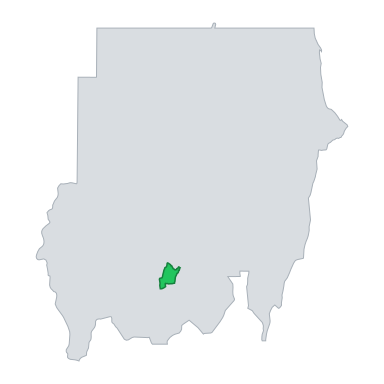 As Sunut, South Kordufan, Sudan (highlighted)
{"feature_id": "16777658B48194454682254", "entity_name": "As Sunut", "entity_type": "district", "adm_level": 2, "iso_a3": "SDN", "parent_name": "Sudan", "parent_adm1": "South Kordufan", "projection": "equal_earth", "projection_center": [29.06, 12.034], "detail": "fine", "context": "in_parent", "style": "filled", "palette": "green", "viewbox_px": 384, "rotation_deg": 0, "n_neighbors": 0, "source": "geoboundaries", "source_scale": "gbopen_adm2", "svg_char_len": 5343}
<svg xmlns="http://www.w3.org/2000/svg" viewBox="0 0 384 384"><path d="M265.7,340.8L262.2,340.8L261.8,339.7L261.9,336.6L262.2,334.3L263.5,330.7L263.2,328.7L263.4,325.8L262.4,322.6L254.0,313.3L252.3,310.7L247.8,308.3L248.5,305.7L246.6,286.6L247.5,284.5L247.7,281.1L247.7,278.2L248.8,273.3L248.9,271.2L239.9,271.1L239.8,273.2L240.2,275.6L240.2,276.5L227.8,276.6L232.8,284.0L233.0,287.3L232.8,291.4L232.9,294.0L233.2,295.7L234.5,299.1L234.4,299.7L234.1,300.5L225.3,310.5L223.8,315.1L222.7,317.5L220.1,321.6L212.1,332.3L210.8,333.0L204.6,333.4L204.0,333.6L203.5,334.1L203.3,334.0L198.0,327.7L189.1,320.2L183.3,324.1L181.7,325.5L181.6,329.2L180.8,331.0L179.2,333.0L174.8,334.3L172.6,335.4L169.9,337.5L167.3,340.9L167.1,342.7L167.4,344.2L152.4,344.2L151.4,342.9L149.3,337.3L147.7,337.6L134.1,337.0L132.2,337.5L128.3,339.9L126.3,340.2L124.3,339.2L117.1,328.1L115.6,326.7L114.0,324.1L112.5,322.9L111.9,322.1L111.8,320.9L111.8,318.4L111.3,316.9L110.2,316.6L100.6,319.1L99.2,318.9L97.2,319.3L96.5,319.8L95.6,321.2L95.5,324.3L95.2,325.8L94.5,327.5L91.7,331.2L91.1,332.9L91.2,337.0L91.0,339.1L90.6,340.1L89.4,341.7L89.0,342.6L88.5,348.0L87.0,351.2L86.6,352.3L86.5,354.6L86.3,355.4L81.9,357.2L80.3,358.4L79.2,360.2L79.0,361.0L77.1,360.3L74.8,359.8L70.2,359.3L68.4,358.4L67.5,357.2L67.8,353.9L67.4,353.2L66.7,352.7L66.2,351.3L66.3,349.6L68.7,345.9L69.2,343.9L69.9,334.5L69.7,331.7L67.9,326.4L63.6,317.4L62.5,315.6L57.1,308.2L56.5,307.1L55.2,304.0L56.7,297.1L56.8,295.2L56.4,293.2L55.0,291.8L53.8,291.6L52.2,289.8L51.2,288.9L50.2,287.3L49.6,285.0L50.1,277.0L49.8,275.9L48.4,275.6L48.1,275.0L48.2,273.5L47.5,268.9L46.7,265.1L47.2,263.0L46.0,260.1L43.8,258.9L39.4,259.8L38.1,259.7L37.2,259.1L36.5,258.1L36.2,256.8L36.5,255.0L37.8,251.5L39.4,248.7L42.5,246.2L43.4,244.8L43.9,243.3L44.0,241.5L43.8,239.7L43.4,238.0L42.5,235.8L41.7,233.2L41.7,231.5L42.1,230.2L43.0,228.7L46.1,225.7L49.3,223.3L49.9,222.4L49.7,221.4L48.2,219.3L47.8,215.4L47.0,212.6L48.7,210.6L49.9,209.8L51.7,209.2L52.5,208.3L52.7,206.7L52.7,205.1L53.3,203.9L54.3,201.4L55.0,200.3L57.4,197.3L58.0,195.4L58.2,193.6L57.6,188.1L59.0,185.7L60.8,183.8L63.4,184.0L67.4,183.5L70.1,182.7L72.0,182.8L76.4,183.8L76.9,183.4L77.1,181.9L78.1,77.2L96.2,77.3L96.5,77.1L96.9,28.1L210.6,28.1L211.6,27.9L213.3,23.4L214.1,23.0L215.3,23.3L215.7,24.4L214.8,28.1L314.0,28.1L314.3,33.7L315.2,38.1L318.1,44.5L320.6,48.0L321.5,49.9L321.6,50.7L321.5,51.6L320.8,50.6L319.5,50.0L319.4,53.0L320.1,59.1L321.2,63.4L320.5,67.4L320.8,74.2L322.2,82.3L322.0,87.5L324.3,99.6L326.4,106.3L327.6,108.0L328.8,108.8L331.3,109.4L334.9,112.8L337.7,116.5L338.8,118.4L340.2,120.4L341.1,120.1L341.6,119.5L342.6,121.2L347.1,124.8L347.8,126.5L346.2,128.1L344.4,131.0L343.6,133.6L343.1,134.5L341.7,136.1L341.4,136.9L340.8,137.5L340.1,137.5L338.6,138.4L337.2,138.1L335.8,138.6L335.3,139.2L334.2,139.8L332.8,140.1L330.5,142.3L328.5,143.4L327.8,144.3L326.8,148.8L326.0,149.9L323.0,150.1L321.6,150.4L319.6,150.0L318.6,150.0L318.4,151.0L318.1,154.8L318.1,156.4L316.5,160.8L317.1,169.0L315.6,175.1L315.4,176.6L313.8,181.4L312.9,183.2L311.0,192.3L310.2,195.1L308.4,198.1L310.5,220.0L309.1,226.7L309.2,230.4L308.2,235.8L307.4,238.3L306.1,241.4L305.0,244.7L304.0,249.2L303.5,257.7L303.2,258.4L297.8,259.5L296.1,260.1L295.0,261.0L293.6,263.2L290.9,269.2L289.5,272.8L287.3,277.8L284.7,281.3L284.2,283.1L283.8,286.3L282.9,291.3L282.0,295.0L282.2,297.9L281.4,302.9L281.5,305.3L280.6,306.7L279.4,308.0L278.5,308.3L274.8,305.0L272.2,307.3L270.5,310.6L269.3,313.8L270.1,320.8L270.0,322.4L269.6,324.0L267.2,330.9L266.5,334.0L265.7,339.5L265.7,340.8Z" fill="#d9dde1" stroke="#a8b0b8" stroke-width="1"/><path d="M167.2,263.2L167.1,263.5L167.0,264.6L167.0,264.9L166.9,265.3L166.8,265.8L166.3,266.8L166.2,266.9L166.0,267.2L165.5,267.4L165.0,267.6L164.9,267.7L164.9,267.8L164.6,268.6L164.5,269.1L164.2,269.7L164.0,270.0L163.7,271.2L163.6,271.7L163.5,272.4L163.3,272.9L163.0,274.1L162.8,275.0L162.6,275.9L162.5,276.6L162.2,277.5L162.0,277.8L161.6,277.9L160.8,278.1L160.3,278.2L160.0,278.2L159.7,278.5L159.4,279.1L159.5,279.9L159.6,280.4L159.8,281.7L160.0,282.9L160.0,283.7L159.9,284.3L159.8,285.6L160.0,286.8L160.3,288.8L161.3,288.8L162.5,288.5L164.2,287.6L165.6,286.6L165.3,285.0L165.2,283.8L165.5,283.4L166.4,283.7L167.2,283.5L168.3,283.9L169.7,283.8L170.9,283.7L171.8,283.7L172.8,283.6L173.6,283.3L174.5,283.2L174.5,282.8L174.6,282.5L174.6,282.4L174.8,281.8L174.8,281.7L175.0,281.1L175.0,280.5L175.2,279.0L175.2,278.4L175.3,278.2L175.3,277.7L175.3,277.4L175.6,276.7L175.7,276.4L176.1,275.6L176.4,275.0L176.5,274.8L176.5,274.7L176.8,274.1L176.8,273.8L176.9,273.5L177.1,273.5L177.3,273.3L177.5,273.2L178.1,272.7L178.4,272.0L178.6,271.4L178.5,271.0L178.5,270.9L178.5,270.6L178.6,270.4L178.8,270.4L179.2,270.2L179.3,270.2L179.4,269.7L179.5,269.4L179.6,269.0L179.7,268.5L179.8,268.4L179.9,268.1L180.0,267.9L179.8,267.9L179.6,267.8L179.5,267.5L179.3,267.2L178.8,266.9L178.4,267.2L178.1,267.8L177.7,268.2L177.5,268.5L177.3,268.5L176.9,268.6L176.7,268.8L176.6,269.0L176.5,269.3L176.4,269.6L175.9,269.6L175.6,269.7L175.3,269.9L175.0,269.9L174.6,269.6L174.2,269.1L173.6,268.9L173.2,268.7L173.0,268.3L172.6,267.4L172.2,266.9L172.0,266.4L171.8,265.9L171.6,265.8L171.4,265.7L171.3,265.8L171.1,265.9L170.9,265.6L170.8,265.2L170.6,264.8L170.4,264.6L169.3,263.9L168.5,263.3L167.9,263.0L167.6,262.9L167.4,263.0L167.2,263.2Z" fill="#22c55e" stroke="#15803d" stroke-width="1.5"/></svg>